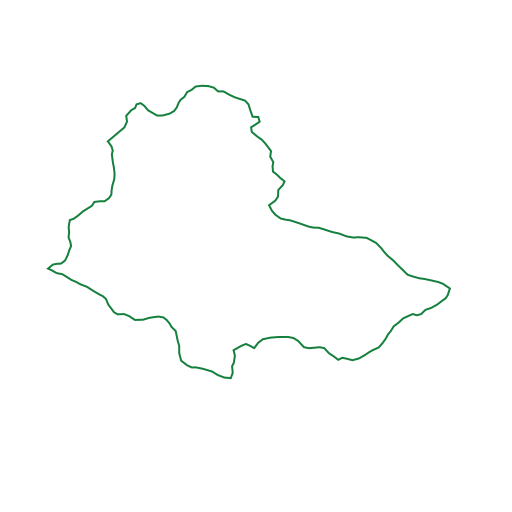 Jales, São Paulo, Brazil, rotated 120°
{"feature_id": "56859067B36023538882283", "entity_name": "Jales", "entity_type": "district", "adm_level": 2, "iso_a3": "BRA", "parent_name": "Brazil", "parent_adm1": "São Paulo", "projection": "orthographic", "projection_center": [-50.554, -20.265], "detail": "fine", "context": "isolated", "style": "outline", "palette": "green", "viewbox_px": 512, "rotation_deg": 120, "n_neighbors": 0, "source": "geoboundaries", "source_scale": "gbopen_adm2", "svg_char_len": 2633}
<svg xmlns="http://www.w3.org/2000/svg" viewBox="0 0 512 512"><g transform="rotate(120 256 256)"><path d="M230.8,441.6L233.3,436.0L236.3,432.8L240.1,431.6L246.3,426.9L250.6,423.2L255.2,419.8L260.2,417.2L266.8,415.6L271.1,414.0L275.3,411.9L279.5,412.3L284.3,414.5L286.7,418.6L290.0,423.0L294.6,423.2L298.7,425.4L304.0,428.2L309.5,430.1L314.9,432.5L318.0,435.2L324.7,432.7L328.8,429.7L333.5,427.7L336.9,423.6L339.9,421.1L344.4,420.6L349.3,419.5L355.4,419.1L360.1,421.1L362.3,424.5L365.0,427.6L370.9,429.8L370.5,425.6L370.5,420.1L368.6,414.7L368.8,408.1L369.0,403.8L368.4,398.8L368.3,393.8L367.2,387.0L367.6,379.3L367.6,372.7L367.4,368.4L368.3,364.3L371.9,359.7L374.1,354.5L375.7,350.8L375.7,346.7L372.3,341.3L371.5,336.1L371.9,328.9L367.7,322.0L363.0,317.6L360.5,314.5L357.3,310.3L355.5,305.5L356.1,301.3L357.7,297.0L359.7,293.6L361.1,288.1L365.4,284.2L369.0,281.0L372.1,277.7L378.7,273.8L384.1,268.4L385.1,260.6L384.6,255.8L382.5,252.4L380.3,245.8L378.0,236.3L378.2,229.5L377.1,222.7L374.4,216.8L368.9,217.7L363.4,221.6L359.5,221.8L352.8,224.5L348.8,228.3L341.0,223.7L337.2,220.7L336.7,215.7L336.7,211.5L330.1,210.7L324.7,208.5L319.5,202.7L315.4,196.8L310.1,187.8L308.3,182.5L308.5,176.9L311.0,168.8L309.3,163.9L303.4,155.6L301.6,151.0L303.7,144.3L304.1,138.0L304.8,132.9L301.1,130.5L299.8,126.8L298.0,120.3L293.1,115.5L287.2,112.1L282.9,110.0L279.3,107.9L273.9,104.0L267.8,102.8L262.5,102.3L258.1,102.5L253.4,101.7L248.1,101.6L242.4,99.2L236.3,97.3L231.1,93.6L227.9,91.2L226.9,87.1L223.8,84.0L217.9,82.3L213.3,78.3L207.3,74.7L202.1,72.6L197.8,70.6L193.9,70.4L187.2,71.8L186.6,80.1L187.4,85.1L190.0,93.6L191.8,99.0L193.7,103.6L195.5,110.7L196.4,115.3L193.1,128.3L191.2,135.1L190.0,142.0L188.6,146.5L186.5,151.7L184.6,158.5L185.0,169.3L188.5,176.7L191.3,180.8L193.7,187.3L195.0,195.3L197.2,202.2L199.0,210.7L200.2,215.9L202.7,220.5L204.1,224.6L205.1,229.8L205.8,233.7L206.9,239.1L208.0,244.1L209.8,248.7L211.2,253.3L210.6,259.8L208.9,264.7L205.5,270.1L198.6,267.0L193.6,266.6L187.7,269.7L181.0,268.2L177.1,268.6L176.3,274.0L175.1,278.5L174.4,283.5L169.9,286.6L166.1,287.9L162.9,293.3L157.6,295.5L153.9,304.2L152.4,309.2L151.9,314.6L150.7,321.7L147.0,324.6L143.2,322.6L137.9,320.0L134.5,323.5L137.1,328.6L132.2,334.3L128.5,338.2L126.9,343.2L129.2,353.8L129.7,360.2L129.7,366.4L132.4,371.2L131.3,376.6L132.6,382.0L135.7,388.1L139.5,393.1L144.2,394.8L148.5,397.6L153.9,397.6L158.3,399.4L162.1,399.6L166.9,398.9L171.4,399.4L175.9,402.0L181.0,407.1L183.8,411.8L183.8,422.3L181.8,427.8L181.3,432.3L184.4,435.3L188.3,434.7L192.0,436.9L199.5,438.5L204.1,434.9L210.5,434.3L230.8,441.6Z" fill="none" stroke="#15803d" stroke-width="2"/></g></svg>